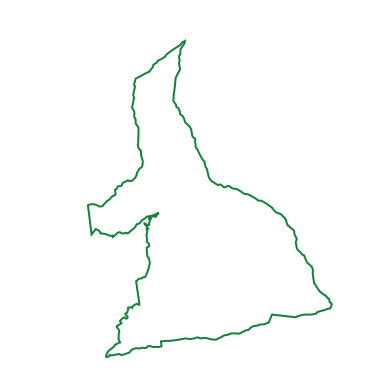 the district of Vazquez de Coronado, San José, Costa Rica, rotated 349°
{"feature_id": "36466004B47934258203273", "entity_name": "Vazquez de Coronado", "entity_type": "district", "adm_level": 2, "iso_a3": "CRI", "parent_name": "Costa Rica", "parent_adm1": "San José", "projection": "orthographic", "projection_center": [-83.961, 10.077], "detail": "fine", "context": "isolated", "style": "outline", "palette": "green", "viewbox_px": 384, "rotation_deg": 349, "n_neighbors": 0, "source": "geoboundaries", "source_scale": "gbopen_adm2", "svg_char_len": 6062}
<svg xmlns="http://www.w3.org/2000/svg" viewBox="0 0 384 384"><g transform="rotate(349 192 192)"><path d="M191.1,99.2L192.5,93.4L195.5,84.7L197.5,77.4L198.9,75.3L203.7,69.2L203.8,63.0L205.1,60.2L204.9,57.6L205.5,55.7L206.7,54.7L208.1,49.5L213.1,44.6L213.8,42.4L210.7,43.4L209.0,45.1L206.0,46.5L203.2,47.5L193.6,51.8L191.1,54.2L187.2,55.7L183.7,56.5L182.1,58.3L178.4,59.7L177.4,61.9L173.1,65.7L169.8,66.4L161.5,69.1L158.4,69.9L155.6,75.5L156.2,77.5L152.7,85.7L153.2,88.3L149.2,97.9L150.1,100.0L150.6,101.8L150.5,103.7L149.7,106.6L149.8,108.0L150.5,110.0L149.8,114.0L151.8,118.8L148.5,133.8L147.8,135.5L147.8,137.7L148.0,139.0L148.6,140.3L148.9,140.7L149.1,140.7L149.7,141.7L149.5,143.4L149.1,145.3L149.1,147.5L149.4,148.7L149.5,152.7L149.3,153.8L148.9,154.6L148.7,155.8L147.8,157.5L146.8,158.3L145.0,159.0L143.6,160.3L142.9,161.4L141.6,162.6L141.2,163.6L141.0,164.6L140.6,165.2L139.0,167.1L137.0,168.6L136.4,169.0L135.4,169.3L134.5,169.5L133.2,169.5L132.1,169.1L131.5,168.4L130.9,168.4L130.4,168.7L126.5,169.6L125.3,170.4L124.4,171.9L123.7,172.5L120.8,172.3L120.0,172.5L119.4,173.6L118.8,174.2L118.4,174.6L116.9,175.2L116.7,176.7L116.7,178.7L116.4,179.6L115.8,180.4L114.5,180.5L113.0,181.0L111.5,182.0L109.7,183.5L106.5,184.8L105.2,186.0L102.7,187.6L102.1,188.4L101.1,188.8L99.0,188.8L98.2,188.5L97.5,188.0L96.9,187.3L95.7,186.5L92.9,185.1L89.8,184.7L87.3,185.2L85.3,214.5L90.6,210.0L93.4,212.4L93.7,212.8L94.1,213.8L94.4,215.3L96.1,215.6L99.6,217.0L100.8,218.0L103.7,219.6L105.4,219.5L106.0,219.7L106.0,220.0L105.8,221.0L106.8,220.6L110.1,218.5L112.1,217.6L113.5,217.7L114.8,218.8L116.1,219.6L117.8,219.6L119.4,219.4L121.0,220.5L124.4,218.5L128.0,216.7L130.0,215.1L130.9,213.9L131.8,213.2L132.1,213.0L133.6,213.0L134.5,212.8L135.3,212.0L138.1,210.0L140.6,209.0L143.1,207.5L145.1,207.7L149.3,207.5L152.5,206.9L154.0,206.4L154.5,206.0L154.8,206.1L154.8,206.7L154.1,207.0L153.4,207.8L152.3,208.0L151.9,209.4L149.0,208.5L146.9,208.6L145.0,209.2L144.7,209.6L144.8,210.3L146.3,210.6L144.2,213.7L143.9,214.3L143.7,215.7L143.2,216.4L142.0,216.1L140.1,214.0L139.4,213.8L139.5,214.8L140.9,216.9L141.9,219.5L140.8,219.2L140.3,219.5L140.6,221.6L140.5,222.8L139.3,224.8L139.0,225.9L139.0,229.0L138.3,231.8L138.5,232.6L139.8,234.7L139.8,236.5L139.5,237.2L137.7,237.6L136.9,238.1L136.8,239.6L136.4,240.8L135.9,247.1L136.8,248.3L137.1,249.6L137.1,252.9L136.8,254.4L134.7,259.0L133.8,260.4L132.9,262.2L131.8,263.6L130.0,266.4L127.5,266.4L126.4,267.1L123.4,267.1L120.1,269.0L119.0,292.2L118.7,292.7L118.3,292.7L116.9,291.3L115.7,291.4L113.7,292.1L111.8,293.1L112.0,292.9L111.9,292.9L111.5,293.4L111.2,294.4L110.1,293.4L107.1,293.4L107.0,295.2L106.4,295.8L105.5,297.9L104.6,298.4L103.5,298.5L103.3,298.8L103.5,299.8L103.8,300.5L105.0,301.7L104.7,303.0L104.3,303.5L103.9,303.8L103.3,303.8L102.7,303.5L102.3,303.0L101.9,302.2L99.4,302.8L97.8,304.1L97.0,304.5L96.7,304.9L96.7,305.6L97.7,307.1L97.7,307.4L96.0,308.1L92.6,309.3L92.3,309.6L92.5,310.4L93.6,312.5L94.0,313.9L94.0,315.4L93.1,317.1L92.8,317.9L92.2,321.1L91.9,321.7L91.9,323.0L92.7,326.0L91.4,326.1L88.0,327.1L87.2,327.5L85.1,329.4L83.7,330.0L82.6,330.7L81.4,331.1L79.3,332.4L77.9,333.9L76.5,336.3L76.2,337.2L76.3,337.7L79.0,337.6L80.3,336.2L81.1,336.6L81.6,337.1L89.5,337.1L91.0,338.3L91.7,338.5L92.8,338.6L99.7,337.7L100.8,337.1L102.1,335.8L103.0,335.2L104.4,335.2L105.6,334.7L107.7,334.7L110.5,335.6L113.3,335.3L114.7,335.8L116.3,336.2L117.4,336.2L118.2,335.8L118.8,335.2L119.3,335.0L121.0,335.0L124.1,336.7L127.4,337.2L129.6,337.8L132.6,337.7L133.1,332.6L133.4,332.6L134.4,332.9L138.1,333.2L141.6,333.9L144.4,334.0L148.0,334.4L157.5,334.5L159.0,334.9L161.1,335.8L162.6,336.0L166.9,336.2L168.6,335.8L170.2,335.8L171.8,337.1L174.1,337.5L175.8,337.5L178.2,338.1L182.2,340.1L187.4,341.6L190.7,340.5L193.7,339.9L194.8,339.2L196.6,338.9L200.6,338.9L203.1,338.4L204.1,338.4L207.2,338.9L210.7,340.0L212.1,340.0L214.1,339.2L216.1,338.8L218.6,338.0L219.8,338.2L221.2,338.1L223.7,336.4L226.4,335.4L231.4,335.6L232.8,335.0L237.6,335.6L242.3,334.8L247.2,327.6L270.3,334.9L271.3,334.2L273.3,334.1L275.0,333.8L278.6,333.8L285.9,335.1L290.5,335.1L291.8,333.9L296.5,333.3L298.8,333.3L302.6,332.6L305.4,332.6L307.8,329.1L307.4,327.5L306.6,327.0L306.0,325.9L306.3,323.5L306.1,322.8L305.5,322.7L304.9,322.1L304.4,320.9L303.9,320.4L303.9,320.1L303.5,319.6L303.2,318.8L301.4,317.7L300.5,316.2L298.9,314.7L298.1,313.3L295.8,308.0L295.6,307.0L294.5,304.9L294.8,296.0L295.1,294.9L295.1,294.0L295.4,293.6L295.4,293.0L295.7,292.5L295.7,289.6L295.1,288.1L294.2,286.7L292.0,283.9L291.4,282.6L290.6,279.4L290.6,278.5L289.9,275.5L289.4,275.1L289.1,275.1L288.7,274.8L288.3,274.4L287.2,272.5L287.0,272.0L286.8,271.9L285.9,270.4L285.6,270.3L284.4,268.1L284.2,266.8L284.2,261.6L284.5,260.5L285.6,258.7L285.8,258.1L285.6,256.5L284.6,253.9L284.6,251.3L284.9,249.9L284.3,248.6L282.1,246.2L280.8,244.2L280.1,243.6L279.6,242.8L279.6,242.3L279.3,241.8L279.1,240.7L279.0,238.6L278.6,236.4L278.3,235.8L278.1,235.6L277.8,234.9L277.2,234.2L275.9,232.0L275.7,231.8L275.3,230.9L274.3,230.4L273.6,229.8L270.6,228.1L268.0,223.9L267.8,223.0L266.4,221.3L265.3,220.4L264.3,219.1L263.5,218.4L263.0,217.6L261.5,216.5L260.5,215.5L258.5,213.9L257.6,213.5L256.0,213.3L255.3,212.9L253.1,210.3L251.4,209.1L248.6,206.4L246.6,205.1L242.9,203.6L241.9,203.0L240.8,201.5L237.6,198.5L236.0,197.5L235.7,197.5L235.5,197.3L233.4,196.6L232.3,196.1L231.2,195.2L230.5,193.9L229.9,193.6L228.4,193.0L227.5,193.0L225.6,193.6L224.8,193.6L224.1,193.2L223.6,192.7L223.2,192.1L221.6,190.2L221.1,190.0L220.4,190.0L219.5,190.4L218.9,190.2L216.4,188.0L215.2,186.7L213.6,185.5L212.1,183.0L211.7,182.1L211.2,179.8L211.1,172.9L210.9,171.8L210.0,169.7L210.0,164.7L209.0,163.0L207.5,159.2L205.4,151.4L204.3,149.1L204.3,147.4L204.6,145.8L204.6,143.4L204.7,142.5L205.3,141.2L205.3,140.5L205.1,140.0L203.9,138.9L203.0,137.1L203.1,130.1L202.1,127.3L201.3,126.0L201.3,125.7L199.7,124.0L198.5,122.0L198.2,118.1L197.6,116.9L197.2,115.4L196.0,114.3L195.6,113.7L195.3,112.8L195.4,110.0L195.0,109.4L195.0,107.8L194.4,106.7L192.9,105.5L193.0,103.3L191.1,99.2Z" fill="none" stroke="#15803d" stroke-width="2"/></g></svg>